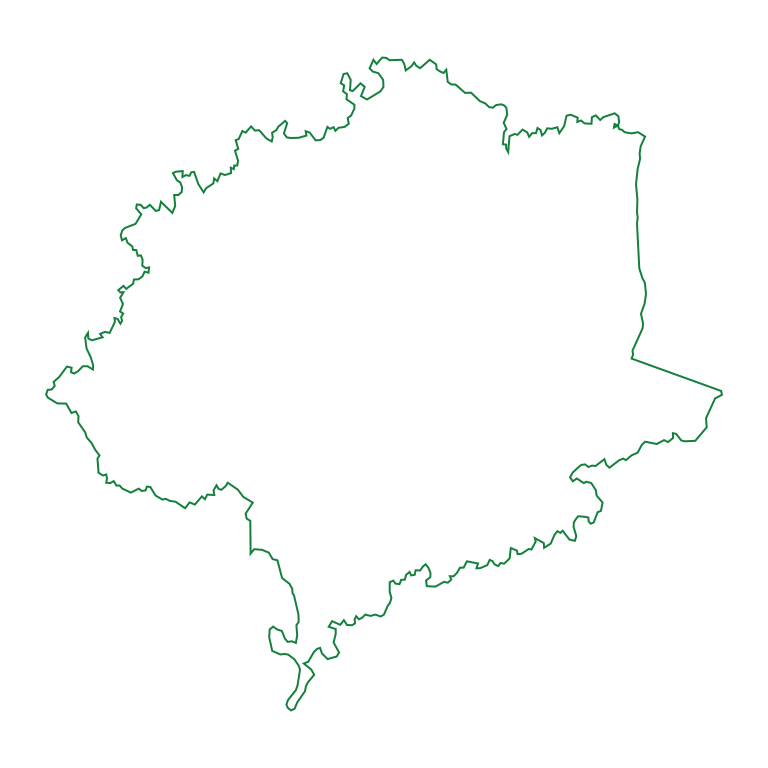 outline of Lapa, Paraná, Brazil
{"feature_id": "56859067B23222104773356", "entity_name": "Lapa", "entity_type": "district", "adm_level": 2, "iso_a3": "BRA", "parent_name": "Brazil", "parent_adm1": "Paraná", "projection": "equal_earth", "projection_center": [-49.887, -25.801], "detail": "fine", "context": "isolated", "style": "outline", "palette": "green", "viewbox_px": 768, "rotation_deg": 0, "n_neighbors": 0, "source": "geoboundaries", "source_scale": "gbopen_adm2", "svg_char_len": 6050}
<svg xmlns="http://www.w3.org/2000/svg" viewBox="0 0 768 768"><path d="M272.2,650.9L280.4,654.5L284.5,653.9L288.3,654.7L294.2,659.1L298.7,665.6L300.0,669.8L297.6,685.1L295.9,690.1L288.0,700.0L286.4,704.6L287.8,707.8L291.0,710.4L294.6,708.7L297.4,702.1L305.0,691.2L306.0,686.0L307.9,682.3L314.2,674.8L311.3,669.6L303.8,663.5L308.3,661.7L314.0,651.8L317.1,648.9L320.1,647.9L321.9,653.3L327.5,659.1L336.7,656.5L339.1,652.5L333.6,642.5L335.7,634.0L335.7,629.0L328.7,626.8L332.1,621.2L340.2,624.8L343.9,620.2L347.0,625.0L352.1,625.2L355.0,623.4L354.6,619.4L356.2,616.2L358.9,619.3L362.1,617.8L365.2,614.6L370.6,615.9L375.4,614.6L380.6,616.5L383.9,614.7L387.8,605.7L390.0,602.9L391.4,597.9L389.7,591.8L389.7,582.2L393.3,580.6L395.5,583.6L399.5,584.2L401.2,579.8L404.9,579.6L406.1,574.9L409.6,571.9L411.1,575.4L414.7,574.8L415.6,570.3L420.2,570.5L422.9,566.5L425.7,564.3L428.4,567.8L430.5,573.0L430.3,577.2L426.0,580.6L426.9,586.2L435.5,586.6L444.1,581.8L447.8,582.7L451.3,579.6L449.9,576.2L453.5,576.3L456.9,573.0L460.0,567.7L463.6,567.7L466.9,561.3L478.0,563.5L476.5,568.3L480.1,568.2L487.3,565.1L489.7,559.9L492.5,561.1L494.6,564.4L498.3,566.1L500.5,563.0L504.1,563.7L509.6,558.5L510.8,548.0L516.9,550.6L517.6,554.1L521.4,553.8L528.7,549.0L531.4,549.5L535.7,541.6L534.8,538.1L543.8,543.0L544.1,547.8L550.7,543.6L554.4,535.0L557.4,531.2L560.4,532.9L562.6,530.7L569.5,539.6L574.9,540.8L576.3,536.2L573.6,526.9L573.8,522.7L575.6,519.5L578.1,516.3L584.2,516.7L588.3,517.5L588.7,521.5L590.8,523.7L593.7,522.5L597.6,512.2L600.9,510.9L602.6,502.6L596.6,495.5L595.9,490.3L591.3,483.1L586.4,481.7L583.8,483.1L576.8,478.5L572.8,481.3L570.0,477.3L572.8,472.5L577.1,468.4L581.3,464.9L585.1,464.4L588.4,467.0L592.0,465.6L595.5,466.0L604.4,459.2L606.4,464.9L609.5,467.7L619.2,460.2L623.3,458.6L625.9,460.2L631.5,455.4L637.7,452.6L641.8,444.9L645.1,441.7L656.7,444.0L664.1,440.1L667.9,442.1L673.0,438.1L672.9,433.2L676.2,433.9L681.3,440.5L684.9,441.3L695.3,440.8L706.7,427.3L706.0,418.3L715.1,398.4L721.9,394.9L721.2,391.0L631.6,358.6L633.1,354.5L632.5,350.6L642.7,328.1L643.0,323.1L641.0,313.8L644.6,303.6L646.0,293.8L644.8,282.7L642.4,278.1L639.3,268.5L637.0,223.5L637.7,217.5L637.0,212.5L637.4,199.4L636.0,184.4L637.6,169.3L640.1,158.7L639.6,153.5L640.7,146.2L645.1,136.6L638.0,132.2L631.5,133.4L624.6,132.2L622.0,129.8L619.3,129.2L617.7,125.6L619.2,122.3L618.4,116.2L614.7,113.3L603.2,117.2L600.2,120.0L595.8,115.4L591.9,117.2L591.5,123.8L584.6,123.4L581.0,120.5L577.3,121.9L577.7,117.7L570.6,114.7L566.6,115.7L564.1,126.2L559.3,133.2L557.3,127.2L551.8,128.8L547.2,128.3L544.8,132.8L542.0,135.4L540.5,130.0L537.5,128.0L536.0,133.1L532.2,133.1L529.1,136.8L527.2,132.4L522.6,129.6L517.5,134.8L514.7,134.0L509.5,136.2L508.2,152.1L506.2,148.5L506.1,144.6L502.9,144.2L504.0,132.2L506.5,129.0L503.7,122.8L507.2,114.9L506.4,107.9L504.3,105.5L501.4,104.3L496.0,105.1L492.8,107.7L489.1,107.1L485.4,103.5L479.9,101.1L471.1,92.7L465.1,92.9L455.6,84.6L451.1,84.4L447.7,81.8L446.3,69.7L443.5,73.0L439.2,71.0L436.6,69.0L436.2,64.4L429.7,59.8L420.1,68.2L416.3,65.8L414.1,62.4L411.5,66.2L405.7,70.4L404.2,63.8L401.8,59.8L389.6,60.2L386.2,57.9L382.1,57.6L376.6,64.0L373.4,59.8L369.6,68.4L372.9,71.6L378.4,73.2L383.1,79.8L383.5,86.9L380.3,91.5L367.0,99.5L361.0,96.1L364.7,86.9L360.5,83.3L352.8,91.0L350.0,90.3L350.7,79.8L347.3,73.3L343.6,74.0L340.7,83.2L344.2,85.4L343.1,91.3L346.9,94.1L346.5,99.3L354.4,104.7L354.4,108.5L351.2,115.4L347.7,118.1L348.8,123.8L344.6,126.9L338.5,127.8L335.4,130.8L333.6,127.2L330.0,128.8L327.4,126.9L323.6,137.7L320.5,140.0L315.7,140.4L309.7,132.6L305.7,131.2L306.4,135.6L298.5,137.8L290.8,138.0L286.8,137.4L283.9,133.4L287.2,123.2L285.1,120.9L278.0,127.0L276.5,130.0L272.1,132.8L272.7,137.3L271.7,141.5L266.4,138.4L259.1,130.2L254.9,130.6L251.1,126.4L245.7,132.6L242.4,131.0L238.7,139.0L235.7,140.2L238.2,148.9L235.0,150.7L238.1,160.9L237.2,165.5L234.2,165.5L233.8,169.1L230.8,167.7L231.0,173.1L225.0,175.0L220.5,173.5L217.4,181.2L214.1,178.4L213.4,183.4L206.1,188.2L203.6,192.4L198.3,184.0L194.1,171.9L191.3,172.3L189.4,175.9L186.0,175.1L182.4,177.0L182.7,171.1L175.9,171.7L172.9,173.1L176.9,180.2L180.2,182.4L182.1,187.2L181.7,192.0L178.3,195.0L174.2,195.0L175.2,206.0L172.3,212.9L161.0,201.8L159.1,210.1L155.8,210.9L149.8,204.8L146.4,207.6L143.6,208.1L140.7,204.8L136.8,204.5L136.1,208.3L141.3,214.3L135.5,223.9L125.1,227.9L122.4,230.3L120.7,235.2L122.0,240.3L125.8,238.1L127.6,242.8L132.3,246.4L133.1,250.0L136.2,250.0L137.8,255.8L140.9,255.4L142.6,259.7L142.3,265.7L145.7,268.1L149.1,267.4L148.5,272.7L144.6,271.7L142.4,276.4L138.6,279.3L133.9,279.5L133.1,283.7L126.2,288.9L123.5,285.9L118.3,290.1L120.4,292.4L123.5,292.2L120.1,297.8L123.0,304.0L120.0,311.5L123.2,313.6L121.1,317.1L122.1,320.8L120.4,323.7L117.7,319.0L114.5,318.0L114.9,321.9L109.7,332.9L105.0,331.9L100.1,333.9L102.6,337.3L91.9,340.3L88.3,338.5L88.0,332.9L85.1,337.5L86.6,348.6L90.8,357.4L93.2,365.4L92.9,369.5L87.6,366.3L82.9,366.2L77.9,371.3L74.2,373.5L71.0,372.2L71.6,367.7L66.9,366.6L59.2,377.0L53.6,381.9L54.7,385.9L51.7,389.5L47.7,389.9L46.1,394.4L47.8,397.6L57.3,403.4L66.2,403.6L71.5,413.0L75.8,411.4L78.5,416.2L78.2,422.3L85.2,432.3L86.7,437.4L91.6,443.1L95.2,449.8L99.5,455.4L97.5,458.6L98.5,472.7L103.0,475.5L106.2,474.5L107.0,478.5L106.2,482.7L110.3,483.1L113.7,481.1L116.4,485.6L119.6,485.5L122.2,488.5L130.9,492.6L138.8,488.6L141.7,491.0L145.5,490.4L146.9,486.6L150.3,487.0L155.5,495.5L162.5,499.6L165.7,498.8L169.6,500.8L175.7,501.8L185.1,508.2L189.6,502.4L194.8,504.6L201.9,496.4L204.9,499.2L207.3,494.6L214.3,495.0L213.6,490.3L216.5,485.3L218.7,489.0L221.4,489.8L225.9,485.9L227.7,482.7L237.9,489.7L243.3,496.9L252.8,502.6L245.6,513.7L246.7,518.7L250.3,520.8L250.6,553.6L254.1,549.2L261.9,549.8L268.8,552.6L272.6,559.1L277.4,560.3L282.1,578.1L289.5,583.8L292.3,589.0L292.4,592.7L294.1,595.8L298.4,614.3L298.7,622.0L296.4,625.2L297.2,635.2L295.9,642.9L291.8,641.3L287.7,641.9L284.9,638.6L281.9,631.0L277.0,629.4L273.2,626.6L269.7,629.4L269.2,637.1L272.2,650.9ZM617.7,125.6L614.0,127.6L614.6,124.0L617.7,125.6Z" fill="none" stroke="#15803d" stroke-width="2"/></svg>